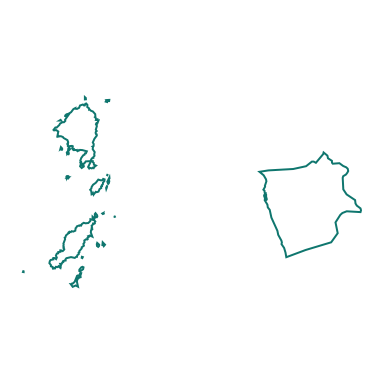 outline of Al Khukhah, Al Hudaydah, Yemen
{"feature_id": "15242507B44327302396722", "entity_name": "Al Khukhah", "entity_type": "district", "adm_level": 2, "iso_a3": "YEM", "parent_name": "Yemen", "parent_adm1": "Al Hudaydah", "projection": "orthographic", "projection_center": [42.797, 13.833], "detail": "fine", "context": "isolated", "style": "outline", "palette": "teal", "viewbox_px": 384, "rotation_deg": 0, "n_neighbors": 0, "source": "geoboundaries", "source_scale": "gbopen_adm2", "svg_char_len": 5774}
<svg xmlns="http://www.w3.org/2000/svg" viewBox="0 0 384 384"><path d="M355.1,200.1L346.6,194.4L343.3,189.4L342.7,177.8L343.2,176.2L346.0,174.5L347.4,172.6L348.2,171.0L347.7,168.7L346.2,167.3L343.2,166.0L339.4,163.2L332.8,163.7L332.0,162.7L331.9,160.8L328.0,158.3L327.4,155.6L323.6,152.5L323.2,154.1L315.9,162.8L313.7,161.6L311.9,161.6L306.1,166.2L293.2,169.0L268.4,170.4L259.5,171.8L263.7,175.3L266.0,179.3L266.4,181.3L264.9,185.8L265.1,186.7L263.4,189.7L264.5,190.7L264.6,192.2L266.1,194.5L266.1,196.7L266.8,199.2L266.5,199.8L265.5,199.4L266.0,197.1L264.7,196.5L265.4,194.1L264.7,194.5L265.1,193.2L264.1,195.5L265.0,198.6L264.7,200.2L267.4,204.6L267.8,207.4L269.7,209.8L271.4,217.6L277.4,230.8L278.2,234.8L281.4,240.6L281.9,242.5L281.5,244.1L284.1,247.9L285.5,252.6L286.3,257.2L305.6,250.0L331.2,242.3L337.7,233.2L335.5,222.4L340.3,214.9L342.4,213.0L346.7,211.3L360.5,212.1L361.0,210.3L360.5,208.4L356.8,205.6L355.5,203.5L355.1,200.1ZM87.4,104.9L86.2,103.5L85.3,103.8L84.8,105.4L84.1,105.5L82.9,104.5L80.0,105.5L79.1,107.8L77.0,108.9L75.2,108.7L75.3,108.1L74.3,108.6L73.3,109.2L71.1,112.2L68.4,113.8L66.5,114.3L65.3,115.4L64.9,116.9L65.7,115.2L68.6,114.8L65.1,119.7L65.3,120.9L64.0,122.2L62.3,122.3L60.0,123.6L59.4,124.9L56.6,127.6L55.4,127.5L53.5,129.9L54.0,130.4L56.2,130.1L58.3,131.5L57.3,136.7L57.8,136.8L58.6,135.8L59.3,136.4L60.8,136.2L62.9,137.0L63.6,138.0L67.4,140.1L68.2,142.2L67.4,143.8L68.0,144.0L67.8,146.1L69.1,147.4L69.1,146.2L72.0,145.9L72.8,146.3L72.2,148.3L73.5,148.7L72.9,149.5L73.5,150.1L76.3,150.0L77.4,151.0L78.0,150.1L78.7,150.7L79.9,149.9L82.4,150.1L86.8,151.3L85.9,153.3L84.9,153.4L84.5,154.7L83.3,155.2L81.3,157.9L80.3,160.6L80.7,161.2L80.4,162.2L81.2,162.1L81.3,162.5L80.1,166.3L81.7,168.0L83.8,166.5L83.7,165.8L82.9,165.6L83.2,164.8L82.2,165.0L82.2,164.1L84.4,163.3L85.8,161.4L89.2,161.2L90.4,161.6L90.4,162.4L88.1,167.0L89.1,168.4L89.5,167.8L91.8,168.4L93.0,167.6L93.7,168.1L94.4,166.9L96.0,165.6L93.9,164.7L93.7,162.8L92.8,162.1L92.7,161.1L91.1,161.4L90.7,160.5L91.8,158.4L93.3,157.9L93.1,157.4L94.5,155.8L94.2,154.2L94.7,152.1L92.7,149.2L93.0,146.8L92.6,146.5L93.6,146.0L93.7,144.0L92.8,142.5L94.4,138.8L96.8,135.6L96.7,134.4L96.1,134.2L95.6,132.9L95.9,131.7L96.7,131.0L95.8,129.7L96.9,126.0L95.9,124.2L96.5,123.1L97.3,123.5L98.6,120.2L96.2,120.0L96.6,119.4L96.0,119.5L95.7,117.8L94.9,117.1L95.4,116.6L95.2,114.1L92.9,111.5L90.7,110.6L89.4,109.2L89.1,109.4L89.0,108.3L87.3,107.1L87.4,104.9ZM94.5,218.5L92.6,216.7L92.6,219.8L90.4,219.2L90.3,221.0L88.3,223.0L85.5,223.3L83.7,222.8L81.9,224.0L81.2,225.4L80.8,225.1L79.8,225.8L79.3,225.4L76.8,226.4L76.4,227.5L75.6,228.2L75.3,230.7L73.2,231.6L71.7,231.2L70.8,232.1L69.4,231.7L68.6,232.4L68.8,233.0L68.3,233.0L68.2,233.5L66.0,235.4L65.4,237.3L64.7,237.7L65.1,239.1L63.4,243.7L63.7,244.8L63.3,246.0L63.9,247.1L63.4,247.9L64.3,249.2L64.0,249.8L62.7,251.1L61.1,250.4L60.8,251.2L60.3,250.9L60.3,251.8L58.2,252.1L58.2,253.3L56.8,253.6L55.9,255.6L56.8,257.6L56.1,259.1L54.8,258.1L53.5,258.0L53.1,258.2L53.3,259.4L50.6,260.0L49.8,261.2L49.4,263.2L50.9,265.0L50.9,266.3L52.6,266.9L52.9,268.6L53.9,268.6L54.4,268.0L55.1,268.3L55.9,266.8L57.5,267.1L58.8,266.0L60.0,266.7L59.6,267.3L60.5,268.0L60.7,267.2L60.2,266.8L60.9,265.6L60.2,263.9L61.6,263.9L62.1,262.8L63.2,262.1L62.9,261.4L63.3,261.0L65.6,260.5L65.4,259.5L66.4,258.2L71.0,257.1L74.8,257.9L76.2,256.8L77.0,256.8L77.2,255.4L78.8,254.0L78.6,252.7L79.4,252.3L79.3,251.2L81.7,248.4L81.7,247.3L83.9,245.7L83.4,243.9L84.5,242.4L84.3,240.5L86.0,239.3L87.3,239.5L87.7,239.2L87.5,237.7L88.9,236.8L88.3,236.1L89.9,235.5L92.3,236.6L90.8,232.4L91.0,230.6L92.1,229.4L91.7,229.1L92.1,228.7L91.6,228.0L92.1,227.2L91.6,225.8L92.8,224.6L93.0,223.7L93.7,224.0L94.8,223.4L94.6,222.5L95.3,221.5L93.8,219.7L94.5,218.5ZM104.6,179.4L103.2,178.9L102.5,180.0L101.1,180.4L98.3,179.6L95.8,182.8L93.1,184.7L91.7,186.8L91.3,188.6L90.2,189.8L91.3,191.2L91.6,194.4L92.8,194.0L93.1,193.3L93.4,194.0L94.0,193.6L94.0,194.1L95.8,191.8L96.8,192.2L98.5,191.6L99.6,189.0L101.2,188.1L101.1,186.5L102.0,186.2L101.9,185.1L102.8,184.4L103.0,182.5L104.3,181.2L104.6,179.4ZM80.5,276.0L77.7,275.5L77.1,275.8L74.7,281.7L73.0,283.4L72.1,283.5L71.8,284.3L70.8,284.2L72.7,286.8L75.7,285.5L78.0,286.7L76.9,281.6L77.4,279.2L78.0,278.7L77.6,278.5L78.4,277.7L80.6,277.2L80.5,276.0ZM82.5,266.8L81.3,267.3L79.4,269.6L79.3,271.0L80.2,271.4L83.1,269.2L83.5,267.3L82.5,266.8ZM95.5,213.2L94.8,214.1L94.9,216.2L95.9,217.2L96.9,217.2L97.3,216.5L97.1,215.2L95.5,213.2ZM98.2,246.9L99.0,246.1L99.2,244.7L97.2,242.9L96.8,244.1L97.0,246.0L98.2,246.9ZM69.8,148.4L68.9,148.2L68.3,148.6L68.0,151.0L66.8,152.5L67.1,154.0L67.9,153.0L68.7,153.3L68.1,155.0L68.8,153.8L68.2,151.3L70.0,149.1L69.8,148.4ZM105.0,244.7L102.7,242.3L102.4,245.1L103.5,245.4L103.8,246.1L105.0,244.7ZM108.9,183.0L109.3,181.1L108.7,179.8L109.5,178.4L109.4,177.4L107.3,181.8L108.0,183.2L107.7,184.5L108.9,183.0ZM85.9,99.3L85.8,98.0L84.9,97.2L84.9,99.4L85.9,99.3ZM60.9,147.1L60.5,148.6L61.0,148.1L61.6,148.4L62.0,149.3L61.4,149.7L61.9,149.8L62.2,149.1L62.1,148.4L60.9,147.1ZM68.0,176.0L66.7,176.2L66.3,177.0L66.5,177.8L66.9,176.5L68.5,177.1L68.7,176.5L68.0,176.0ZM80.9,274.1L81.2,273.1L80.4,272.9L79.9,273.9L80.9,274.1ZM109.3,99.9L107.5,100.0L108.8,100.8L109.0,101.9L109.3,99.9ZM107.2,101.2L106.0,100.9L105.7,101.6L107.1,102.0L107.2,101.2ZM82.3,258.1L82.8,257.1L81.9,256.8L81.7,257.8L82.3,258.1ZM106.3,188.9L106.8,187.6L107.3,185.3L106.1,187.9L106.3,188.9ZM103.4,212.9L102.3,213.5L102.7,213.9L103.4,213.3L103.2,214.4L103.8,213.6L103.4,212.9ZM59.6,120.5L61.0,120.5L60.6,119.9L59.6,120.5ZM23.6,272.1L23.6,271.3L23.3,271.2L23.0,272.0L23.6,272.1ZM115.7,216.3L115.0,216.6L113.8,216.4L114.7,216.9L115.7,216.3ZM107.3,175.4L107.7,174.0L106.8,175.9L107.3,175.4ZM68.0,178.6L68.5,178.0L67.4,178.4L68.0,178.6Z" fill="none" stroke="#0f766e" stroke-width="2"/></svg>